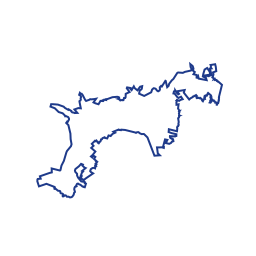 Chiapa de Corzo, Chiapas, Mexico (Mercator projection), rotated 72°
{"feature_id": "50627088B40050898832352", "entity_name": "Chiapa de Corzo", "entity_type": "district", "adm_level": 2, "iso_a3": "MEX", "parent_name": "Mexico", "parent_adm1": "Chiapas", "projection": "mercator", "projection_center": [-92.959, 16.601], "detail": "fine", "context": "isolated", "style": "outline", "palette": "blue", "viewbox_px": 256, "rotation_deg": 72, "n_neighbors": 0, "source": "geoboundaries", "source_scale": "gbopen_adm2", "svg_char_len": 5788}
<svg xmlns="http://www.w3.org/2000/svg" viewBox="0 0 256 256"><g transform="rotate(72 128 128)"><path d="M134.0,36.9L131.9,34.9L132.1,34.5L129.9,33.1L129.8,33.3L127.3,32.0L126.9,32.1L116.0,25.3L112.1,27.6L111.7,28.2L111.3,28.1L110.8,28.6L110.7,29.0L109.7,29.3L109.5,29.7L109.4,29.5L109.0,30.1L108.3,30.2L108.5,30.5L107.9,30.5L108.0,31.1L107.7,30.8L106.0,32.1L105.4,31.4L103.3,30.1L101.4,30.0L101.2,26.5L96.9,25.6L94.3,25.4L93.6,30.0L94.3,29.9L96.1,30.5L97.1,30.2L96.8,31.7L103.6,32.3L103.4,34.2L103.7,35.1L103.4,35.9L102.8,36.0L102.3,38.6L101.8,38.6L102.6,33.4L99.9,32.9L95.4,34.2L96.1,37.1L99.6,39.5L102.1,40.9L104.3,38.7L104.0,38.4L106.8,38.4L102.9,45.5L100.8,45.3L101.8,46.3L101.3,47.2L98.8,46.3L97.1,49.1L95.4,47.2L93.2,48.7L92.9,48.1L91.7,47.4L91.2,47.6L90.6,47.3L89.0,47.4L86.5,49.0L89.3,49.6L91.7,49.3L92.8,50.4L92.2,56.5L92.5,58.8L90.7,63.2L90.9,64.2L95.4,69.7L96.2,71.6L98.7,75.2L100.5,76.4L101.3,78.1L95.7,77.7L95.4,77.9L95.1,77.6L94.7,77.9L99.0,83.0L98.2,83.5L99.1,85.2L101.2,85.7L102.1,86.5L102.4,88.0L101.3,88.9L99.4,89.5L98.6,90.3L98.1,91.4L98.9,93.2L101.2,94.9L102.5,102.7L98.8,106.8L96.3,105.5L95.7,104.7L95.7,104.1L95.0,102.8L92.6,101.6L92.5,103.7L95.1,107.4L92.2,109.3L90.2,109.6L93.1,112.9L91.6,113.6L90.8,113.2L89.1,116.3L89.8,116.9L94.3,115.4L94.8,119.6L98.0,120.8L98.6,121.4L98.2,122.5L100.0,123.7L99.7,124.5L99.9,124.6L99.1,126.5L99.3,126.9L97.9,127.6L97.5,128.1L97.6,127.2L96.6,127.1L96.5,127.7L96.0,127.2L95.5,127.7L95.0,128.6L93.9,133.3L94.1,138.4L93.8,140.1L94.6,140.2L93.7,142.0L94.3,142.7L93.9,142.9L93.8,143.6L94.5,143.9L93.7,145.8L96.3,148.7L94.5,151.3L93.0,152.9L90.3,149.3L90.1,151.0L89.4,154.1L88.9,155.1L89.2,156.0L89.3,159.5L87.8,160.1L82.7,160.9L81.1,161.5L80.8,162.4L79.7,162.9L81.4,164.2L82.6,163.2L84.0,163.0L85.1,163.9L86.2,164.0L87.1,164.7L87.4,165.8L87.8,166.0L94.7,166.8L93.7,169.1L93.8,173.2L98.0,171.5L97.3,174.1L96.7,174.7L95.9,176.2L94.8,176.8L94.3,176.6L91.9,178.7L92.3,179.2L89.5,181.7L87.8,182.6L84.1,187.4L83.0,190.0L82.2,192.0L81.6,193.7L83.7,195.1L86.6,191.5L91.4,189.0L93.8,185.6L96.5,184.2L97.5,184.1L97.5,183.3L99.2,181.5L100.7,181.2L101.7,181.5L103.8,183.7L103.2,184.0L104.1,185.2L106.8,183.8L115.5,184.5L120.9,186.0L126.0,186.7L127.7,187.9L131.0,193.1L132.1,194.1L139.5,199.2L143.2,202.9L147.1,205.2L147.4,205.9L142.9,213.1L146.7,214.2L146.5,216.5L146.7,226.7L149.2,226.7L148.6,229.6L148.9,230.0L150.7,230.7L156.0,230.7L155.9,222.8L161.4,216.0L161.7,215.9L162.1,216.6L163.2,216.7L163.6,215.5L166.0,214.0L166.8,212.3L167.4,212.0L168.8,212.3L169.5,211.9L170.1,210.7L170.6,210.3L171.4,210.2L172.4,211.2L172.9,211.1L173.1,210.4L172.5,208.9L172.9,208.0L174.5,207.3L174.9,205.8L176.1,204.6L176.3,203.4L176.1,202.2L174.8,200.5L175.1,200.5L173.1,199.4L172.4,198.2L169.7,198.1L168.5,197.5L167.6,196.6L167.3,195.8L167.6,195.5L167.5,194.9L166.7,195.0L165.5,193.9L165.3,193.3L165.5,192.6L166.6,191.8L167.3,190.8L169.7,189.3L169.9,188.6L170.5,188.3L171.0,187.4L167.9,185.2L167.0,186.2L166.6,186.3L166.2,185.8L164.8,186.9L165.0,187.8L164.3,189.0L159.8,190.8L157.5,191.1L155.8,190.6L153.4,191.7L152.0,191.6L150.8,190.7L149.2,186.4L147.6,183.7L148.9,182.2L149.6,183.0L152.2,181.6L153.0,180.7L154.7,184.9L155.5,184.2L156.4,185.8L158.4,187.3L158.5,187.4L158.8,186.9L159.3,186.8L160.3,189.2L161.5,188.3L161.3,187.8L162.5,187.5L163.7,185.7L163.0,184.1L160.4,175.2L158.4,176.9L157.3,177.3L155.7,176.1L155.1,174.2L155.4,172.6L156.2,171.8L154.8,171.0L154.6,170.4L153.9,171.0L153.4,170.8L153.2,169.9L152.7,169.9L152.8,169.7L152.3,169.6L152.3,169.4L151.8,169.7L150.7,167.8L149.8,168.6L149.6,168.3L146.9,169.9L145.4,168.0L143.5,169.5L145.0,171.1L143.6,172.0L142.8,170.1L140.3,166.3L135.6,169.1L134.3,166.3L131.9,167.3L130.0,163.5L130.5,163.3L130.1,161.9L132.3,161.3L132.1,160.9L133.4,160.4L132.4,159.1L132.2,158.3L130.6,157.2L130.8,156.8L130.6,156.2L129.8,155.4L129.6,153.2L130.2,153.2L131.5,151.0L129.1,148.8L130.1,147.3L129.9,147.1L130.2,146.8L128.8,144.5L128.5,141.8L127.0,143.0L126.6,137.5L126.9,137.5L127.9,135.3L127.5,134.9L129.0,131.3L134.7,122.2L135.1,121.9L134.8,120.8L135.2,119.3L136.7,118.4L138.1,116.8L138.4,115.3L138.8,114.6L143.0,112.4L162.5,111.4L163.8,106.2L161.3,107.5L155.4,106.4L156.9,101.7L158.0,100.1L157.1,99.7L156.6,100.4L150.3,96.3L151.5,94.2L154.0,96.7L155.8,93.7L155.5,91.7L154.7,90.7L154.6,88.9L153.2,88.7L152.7,89.3L152.0,88.9L150.8,90.7L149.4,90.9L148.7,90.6L150.5,86.0L150.2,85.8L150.5,84.5L148.9,83.9L146.5,87.9L144.4,90.6L141.8,89.5L146.2,82.4L143.7,81.3L142.5,81.1L141.7,80.3L141.7,79.7L140.7,78.8L139.8,78.9L138.0,77.9L134.2,77.3L133.8,76.4L132.5,75.5L132.1,75.5L132.1,75.3L131.9,75.6L130.9,75.1L129.9,75.1L128.7,74.1L128.1,74.4L127.6,73.6L127.5,74.0L126.2,74.0L125.0,74.4L121.1,72.6L120.9,74.7L118.7,74.1L117.5,73.2L117.0,73.5L116.9,73.2L116.4,72.8L116.9,72.1L117.2,72.1L118.0,70.9L117.5,69.5L117.5,67.1L114.6,67.9L115.0,70.8L114.0,71.5L109.8,73.0L109.2,74.1L107.4,73.0L107.5,71.8L106.7,71.5L109.3,70.9L111.5,69.8L111.3,68.9L108.2,70.1L109.4,62.4L111.6,64.0L119.8,61.0L119.1,59.5L118.6,56.9L118.2,56.6L118.2,55.2L117.9,54.9L118.1,54.3L117.7,53.1L118.9,52.6L119.4,53.3L120.4,53.5L120.9,53.3L121.1,51.3L121.6,51.1L122.2,50.3L121.9,49.8L124.3,48.4L124.8,49.0L125.7,48.5L124.9,47.7L124.4,47.9L124.3,47.1L123.6,46.4L123.9,45.9L123.4,45.9L123.1,45.5L122.3,45.9L122.0,45.7L122.4,45.6L122.3,45.2L121.5,45.1L121.0,43.7L121.7,43.4L122.0,43.8L121.9,43.4L120.6,41.8L120.1,41.4L119.7,41.5L119.4,41.0L122.7,39.0L123.9,40.0L124.2,39.6L124.0,39.4L124.4,39.1L125.0,40.1L126.7,40.3L127.1,41.0L128.1,41.4L129.0,42.4L129.4,41.7L129.0,41.1L128.8,40.8L128.1,41.0L128.2,40.7L127.9,40.4L127.8,40.8L127.3,40.6L127.0,40.3L127.3,40.1L126.6,39.2L127.1,38.9L127.4,39.1L127.5,38.9L128.2,38.8L128.5,38.5L128.5,37.8L129.6,37.6L129.7,37.2L130.4,37.1L131.0,36.2L131.2,36.5L131.6,35.5L134.0,36.9Z" fill="none" stroke="#1e3a8a" stroke-width="2"/></g></svg>